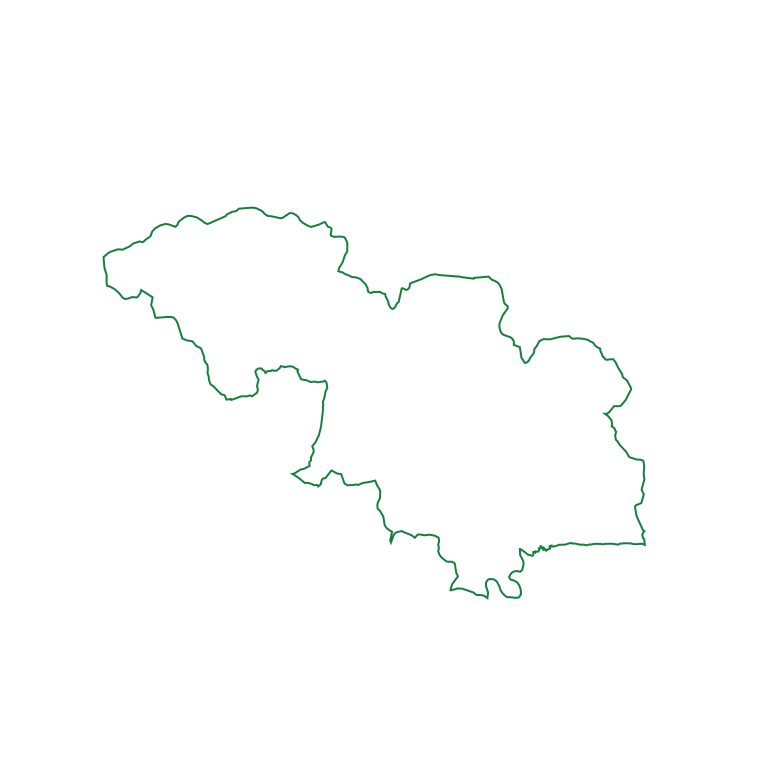 the district of Medias, Sibiu, Romania, rotated 120°
{"feature_id": "2599482B70504511793246", "entity_name": "Medias", "entity_type": "district", "adm_level": 2, "iso_a3": "ROU", "parent_name": "Romania", "parent_adm1": "Sibiu", "projection": "mercator", "projection_center": [24.355, 46.136], "detail": "fine", "context": "isolated", "style": "outline", "palette": "green", "viewbox_px": 768, "rotation_deg": 120, "n_neighbors": 0, "source": "geoboundaries", "source_scale": "gbopen_adm2", "svg_char_len": 6151}
<svg xmlns="http://www.w3.org/2000/svg" viewBox="0 0 768 768"><g transform="rotate(120 384 384)"><path d="M437.5,672.6L436.7,670.5L436.5,665.4L437.6,659.3L440.0,653.3L439.7,650.4L437.1,647.5L434.8,645.8L432.8,641.6L431.6,640.8L427.1,640.5L424.0,641.3L424.6,627.7L432.3,625.0L434.3,621.7L438.3,617.5L439.9,616.4L440.9,614.8L434.5,605.5L432.4,601.9L431.7,599.4L432.7,596.1L434.9,592.8L445.4,581.4L444.8,576.6L442.8,571.2L445.0,565.6L444.6,561.1L444.9,560.0L450.2,553.5L453.3,551.5L453.8,550.1L454.7,549.6L455.5,546.9L456.3,546.0L459.4,543.8L462.6,542.4L465.3,539.5L468.2,537.4L470.7,534.5L471.1,533.2L471.2,530.6L473.3,523.8L473.7,521.2L474.4,519.9L473.5,517.4L473.6,516.1L476.3,512.6L473.6,509.1L474.2,508.6L473.4,507.6L465.8,501.2L463.1,496.3L461.1,494.7L460.5,492.0L455.1,489.7L453.5,489.8L450.7,491.3L449.8,492.6L447.9,493.4L443.0,494.7L441.0,497.9L438.0,501.3L436.4,501.7L433.7,500.9L431.8,498.0L432.6,495.6L432.4,493.9L433.7,492.2L431.2,491.3L429.2,488.5L427.9,487.8L427.7,486.3L426.2,483.7L422.5,482.3L420.1,482.3L419.0,478.4L416.0,474.9L415.0,472.7L414.5,470.9L414.9,468.8L414.5,465.7L416.3,465.4L421.4,458.1L419.4,452.7L419.1,448.8L416.1,444.4L416.0,443.1L415.2,441.6L411.8,437.4L410.8,436.9L410.9,436.0L411.5,434.5L415.8,431.1L419.6,430.9L425.3,428.9L430.7,427.7L431.3,426.9L439.6,422.7L452.7,417.1L460.8,414.8L468.3,414.2L473.8,415.0L476.2,412.0L478.4,410.9L484.3,410.5L486.5,409.0L489.2,409.6L492.1,407.5L497.6,411.0L499.8,413.5L506.2,416.8L507.6,418.3L508.0,410.4L509.3,403.1L507.6,400.5L506.7,396.3L506.7,394.2L504.9,391.3L504.9,390.6L505.6,389.8L502.6,388.6L498.8,389.8L496.7,389.7L494.5,387.6L485.2,386.3L484.9,379.7L483.5,376.0L489.6,368.8L490.0,368.0L489.9,364.8L487.2,360.6L485.1,358.1L484.0,355.5L480.3,352.9L476.5,348.1L472.1,343.3L475.4,339.0L477.4,335.1L478.8,333.6L484.7,330.5L490.3,329.9L492.5,329.1L495.2,327.1L495.9,324.2L499.0,318.4L506.1,312.7L507.5,309.5L508.0,305.7L507.9,303.1L516.4,300.4L517.8,298.7L510.8,300.0L508.1,300.0L505.7,298.6L502.7,295.3L502.3,294.4L502.5,293.5L501.2,284.7L501.8,280.4L497.7,279.6L496.5,277.9L494.5,272.8L492.3,270.1L491.1,267.7L489.9,263.7L489.8,259.8L492.6,257.7L496.0,256.7L498.5,254.5L501.6,253.5L504.2,250.6L505.5,247.3L506.4,241.5L505.9,239.7L503.9,236.2L504.0,233.0L511.4,227.0L513.5,223.8L523.6,224.9L529.3,223.4L529.3,222.9L524.0,217.7L522.1,213.8L519.8,201.9L520.4,199.9L520.3,198.2L518.3,194.5L517.3,191.2L517.7,187.4L512.4,189.7L507.9,194.8L505.0,196.3L502.7,196.4L501.1,195.9L500.3,195.2L498.5,192.1L498.3,190.6L498.7,187.5L501.2,183.3L504.8,179.3L506.2,175.9L507.1,172.0L506.7,170.0L505.6,168.3L503.2,162.7L501.4,160.5L497.6,160.2L493.7,162.8L490.8,166.1L489.5,168.7L489.3,169.7L489.1,172.4L490.1,176.8L488.7,179.1L485.7,179.3L483.5,178.9L481.4,177.7L479.7,175.7L478.5,172.2L476.1,171.3L470.0,173.1L467.6,175.0L464.1,180.5L459.0,183.8L458.8,183.4L459.1,178.8L459.8,174.1L458.6,169.6L457.5,169.2L454.8,170.7L454.2,169.9L454.4,168.7L453.0,168.9L452.8,167.6L452.0,166.7L449.7,166.5L448.9,167.7L448.1,166.8L446.2,167.3L446.1,166.3L447.2,164.6L446.1,164.5L445.8,163.9L447.8,162.8L446.6,162.1L446.4,161.4L447.1,161.1L447.2,160.1L445.8,159.7L443.5,157.9L442.8,158.1L442.3,159.3L441.3,159.3L440.0,158.0L440.7,157.0L439.1,154.8L435.5,151.7L432.6,146.9L428.2,142.8L428.2,141.8L426.2,137.7L426.1,136.4L425.4,135.2L425.1,133.7L423.2,130.7L422.8,128.9L422.0,127.4L420.3,126.0L419.7,124.6L417.3,122.0L414.2,116.4L413.5,114.5L411.9,112.6L408.4,106.8L406.0,100.9L404.3,99.8L401.3,95.5L398.5,90.3L398.0,88.0L397.0,86.1L393.3,80.7L393.0,77.7L388.7,80.7L388.0,81.7L388.0,82.5L385.6,84.8L383.8,85.2L381.2,84.9L381.1,86.7L372.1,99.2L365.2,105.0L363.9,105.4L363.0,105.1L358.4,101.6L349.7,103.8L347.0,107.8L346.3,108.2L336.4,110.8L332.0,114.2L325.8,117.1L321.9,120.0L320.9,121.2L321.3,124.2L323.0,127.1L324.5,133.9L324.5,135.4L321.6,140.4L319.0,149.1L316.8,153.4L316.3,155.4L312.7,158.2L309.2,159.1L308.9,160.1L307.2,162.2L306.8,165.6L304.7,166.3L301.5,169.0L299.7,174.1L299.3,177.8L298.1,175.9L296.2,175.0L288.2,173.7L285.6,169.2L284.1,167.9L276.8,166.7L264.9,167.3L264.0,168.1L259.5,175.1L258.7,180.4L256.3,182.9L252.7,189.6L249.4,194.3L248.0,197.8L249.2,200.1L251.4,202.7L252.1,204.7L251.1,206.4L251.1,207.9L246.6,213.7L245.2,214.4L245.6,218.1L245.0,220.7L243.7,223.5L244.0,227.3L243.8,229.2L244.9,233.2L247.4,238.8L250.4,243.1L250.5,244.6L249.9,247.6L254.8,254.8L262.3,262.5L265.4,268.3L269.2,270.9L275.1,270.7L278.5,271.3L281.1,270.0L283.1,269.8L287.9,270.4L291.5,270.3L294.3,271.3L295.3,272.6L292.3,278.3L284.2,284.7L285.2,291.1L282.0,293.0L280.5,295.9L280.3,298.0L281.5,304.1L281.6,306.2L280.7,308.8L277.0,312.5L274.0,314.2L265.3,315.5L256.6,314.7L254.9,315.7L254.1,319.5L253.0,321.2L242.8,329.7L240.1,334.0L239.3,336.5L239.3,340.0L239.8,342.7L238.7,347.1L247.0,359.0L247.7,358.8L248.4,360.0L253.1,371.4L253.5,373.4L254.9,375.1L254.7,375.3L261.7,389.9L263.4,394.6L267.1,398.9L274.6,404.1L283.7,411.6L288.0,410.2L290.6,410.9L291.5,412.1L291.7,415.7L292.5,416.4L305.7,412.3L307.7,413.1L312.2,412.8L314.7,414.0L314.9,414.9L314.7,416.5L313.1,419.3L310.5,421.6L307.2,426.5L305.5,428.0L306.3,430.3L306.1,433.2L309.6,439.3L311.6,440.5L312.1,443.1L311.9,444.0L309.1,446.3L306.8,449.9L304.9,457.1L305.6,461.4L307.4,465.3L307.6,468.9L308.3,473.0L308.0,475.2L309.2,479.9L306.1,480.9L299.1,480.7L292.3,482.2L287.7,482.1L280.7,486.0L279.3,487.4L277.0,490.7L276.8,492.5L278.5,496.2L281.5,500.7L282.1,504.0L281.3,504.9L275.9,506.9L275.3,508.7L275.8,511.4L273.4,515.7L273.5,516.6L278.8,520.3L284.5,525.7L285.0,529.2L285.0,534.9L284.2,538.5L282.6,540.9L281.7,544.2L281.8,548.1L283.0,551.0L291.0,555.1L292.3,556.8L294.9,565.0L296.6,568.8L296.4,572.3L295.5,574.9L295.2,577.7L295.7,582.9L297.3,586.6L304.7,597.3L308.2,598.4L310.8,601.6L315.6,604.7L318.0,605.2L333.7,616.7L334.1,620.1L333.5,623.5L333.3,629.1L334.9,635.1L336.8,638.3L340.2,640.6L345.3,642.6L347.2,642.9L349.5,642.4L352.2,643.3L353.3,649.7L354.5,653.1L358.3,656.9L363.4,659.9L367.8,661.0L373.0,660.1L377.6,662.4L381.5,663.6L382.2,664.5L382.7,666.8L383.5,667.7L388.0,671.6L392.1,673.1L398.4,677.6L400.4,681.8L406.0,686.8L409.0,688.5L414.4,690.3L423.2,684.2L428.3,678.7L435.3,674.7L437.5,672.6Z" fill="none" stroke="#15803d" stroke-width="2"/></g></svg>